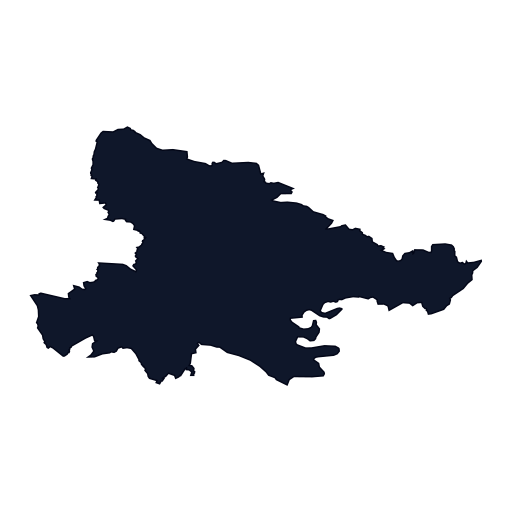 the district of Skedsmo nor, Akershus, Norway
{"feature_id": "86288312B89021281635202", "entity_name": "Skedsmo nor", "entity_type": "district", "adm_level": 2, "iso_a3": "NOR", "parent_name": "Norway", "parent_adm1": "Akershus", "projection": "robinson", "projection_center": [11.011, 59.991], "detail": "fine", "context": "isolated", "style": "filled", "palette": "ink", "viewbox_px": 512, "rotation_deg": 0, "n_neighbors": 0, "source": "geoboundaries", "source_scale": "gbopen_adm2", "svg_char_len": 6018}
<svg xmlns="http://www.w3.org/2000/svg" viewBox="0 0 512 512"><path d="M287.1,384.9L289.2,379.6L293.8,376.5L312.2,376.7L323.2,375.8L324.3,373.8L324.0,372.2L319.3,367.1L318.6,363.4L313.6,359.9L313.9,358.5L315.7,357.2L318.3,356.7L333.7,355.2L337.2,353.7L339.2,351.2L339.0,348.8L338.5,348.1L335.2,346.3L324.5,345.8L311.5,348.0L305.6,348.1L297.0,344.8L295.9,343.6L295.5,341.4L297.6,336.8L303.5,336.9L307.4,338.7L310.1,340.8L313.9,340.4L315.5,338.7L315.9,337.0L319.0,332.3L319.4,328.9L316.1,324.7L316.4,322.3L315.7,320.5L313.6,320.7L312.4,325.8L311.3,327.4L308.2,328.8L303.6,329.2L298.9,327.8L298.8,326.9L291.9,322.2L290.1,319.8L290.4,318.2L302.1,317.1L302.0,315.1L304.0,312.0L306.4,310.3L309.2,309.6L311.5,310.2L319.7,315.7L323.4,316.9L327.1,317.1L329.2,318.6L330.3,318.3L336.4,314.7L341.9,309.2L341.8,308.7L339.5,308.1L337.3,308.5L325.2,313.4L321.8,312.7L320.4,311.3L320.4,310.2L322.9,304.4L324.6,302.6L328.0,301.4L330.7,302.0L333.3,301.2L335.8,302.1L337.5,301.5L337.7,300.3L339.2,299.4L341.8,299.6L345.5,297.9L353.1,296.6L358.7,297.0L358.9,296.4L368.2,298.8L370.3,297.5L373.0,297.0L377.3,299.8L377.1,300.9L378.1,304.1L383.9,304.0L387.5,305.6L388.2,306.4L389.1,310.3L402.8,302.6L409.6,303.1L412.7,305.6L417.1,302.7L421.7,302.4L422.8,306.3L425.2,308.6L426.2,308.5L426.7,309.4L426.4,310.5L427.5,311.0L428.4,314.1L431.3,313.7L443.7,309.3L446.6,305.7L449.3,304.0L450.4,299.9L449.7,298.3L451.3,297.5L452.6,295.6L463.2,288.5L467.6,283.2L472.0,279.6L471.7,274.9L472.6,273.0L472.7,270.7L477.1,267.4L481.3,261.4L481.2,260.4L473.9,262.4L467.7,263.0L466.4,261.3L465.9,263.2L464.5,264.3L462.4,262.5L460.2,263.2L458.4,262.5L457.4,261.3L456.4,257.2L454.7,255.8L454.8,251.4L453.9,250.2L454.3,249.0L453.3,246.8L451.5,245.1L445.2,244.0L432.8,244.7L431.6,246.5L431.6,251.0L430.9,252.5L428.5,252.4L423.0,250.0L414.7,249.9L413.5,253.5L412.9,253.8L412.6,251.0L409.6,252.7L404.9,253.5L402.8,255.9L402.2,258.9L401.2,260.2L399.0,261.2L396.6,260.9L394.2,257.4L392.6,253.5L386.1,252.5L381.3,250.4L384.1,248.7L382.9,247.9L383.8,247.0L380.9,245.7L378.1,246.1L377.2,244.6L372.3,241.9L371.9,238.5L368.8,236.4L367.1,236.8L365.1,235.3L362.5,234.4L362.3,232.7L359.7,230.7L359.9,229.3L355.4,228.4L352.6,229.8L349.0,229.3L345.4,225.0L341.7,225.8L340.7,226.7L327.2,229.2L326.1,228.9L331.5,223.2L332.9,220.5L328.0,218.8L325.3,216.7L325.6,216.0L323.2,214.7L313.2,211.8L308.5,207.5L306.6,206.4L303.2,205.9L301.5,204.6L296.5,203.1L287.4,202.2L280.7,202.6L272.4,200.8L271.6,200.1L277.0,197.3L280.7,193.6L291.2,193.5L292.0,192.0L290.7,190.7L290.9,189.4L293.0,188.5L278.1,182.5L273.8,183.4L270.9,182.8L269.4,183.7L265.8,183.2L265.5,182.2L264.0,181.6L264.6,179.8L264.4,178.8L262.7,176.0L263.6,173.2L260.8,174.1L258.5,165.3L256.3,163.4L248.2,162.5L232.0,163.3L225.7,160.6L223.8,160.5L222.0,162.4L217.0,163.6L215.8,163.7L214.5,162.5L212.9,162.3L212.2,163.3L212.3,164.6L211.7,165.9L209.3,165.9L205.4,163.6L194.3,161.6L186.7,159.0L187.4,157.0L186.9,151.7L172.9,149.7L162.5,150.3L156.5,148.3L151.7,143.5L149.9,140.5L144.0,137.9L140.2,134.7L134.8,132.3L135.0,131.7L133.2,130.4L130.7,129.9L130.3,128.5L127.4,127.1L123.7,129.2L118.0,129.5L113.1,132.0L103.1,131.5L101.1,133.1L96.3,140.3L96.1,141.1L97.3,141.9L95.5,149.2L94.3,151.8L94.0,154.6L93.2,156.1L93.3,157.3L92.4,159.0L93.1,161.4L93.1,164.7L91.4,168.1L91.9,169.9L90.7,172.7L90.8,173.7L91.5,174.4L91.1,175.4L92.2,176.3L91.4,178.5L96.1,179.0L95.7,180.2L97.9,181.8L97.8,183.0L99.0,184.5L97.7,187.6L98.3,188.3L98.2,189.6L95.6,192.4L95.7,193.0L97.4,193.0L96.8,194.5L97.0,195.7L96.2,196.6L96.6,197.0L94.8,200.0L99.2,200.1L99.8,203.5L105.4,202.9L106.3,204.8L103.2,207.4L104.2,208.5L108.2,210.1L108.9,211.4L108.1,212.3L109.3,214.7L108.1,216.3L107.6,218.3L105.2,219.4L110.4,220.2L112.8,221.4L113.6,221.1L115.0,219.0L122.0,218.5L125.6,219.3L125.5,220.4L126.7,221.7L130.5,221.9L132.9,223.4L134.6,225.7L133.8,229.4L138.9,230.6L138.5,231.1L139.9,231.4L140.2,233.0L141.8,233.4L144.2,236.1L144.7,236.8L144.4,237.3L145.3,237.6L144.7,237.9L145.1,238.5L144.2,238.9L143.7,240.5L142.7,240.6L142.4,241.4L143.2,242.5L141.8,244.2L142.0,244.8L139.0,247.1L136.9,247.5L138.0,249.0L137.0,250.1L137.1,251.6L135.3,253.1L136.5,254.5L135.4,256.0L135.7,256.8L138.0,258.6L135.7,260.9L136.3,262.3L135.7,264.0L133.8,264.5L133.0,265.9L136.6,269.9L135.8,271.7L130.4,269.1L126.2,265.7L122.7,264.4L98.7,263.0L99.5,264.2L99.1,265.3L99.6,266.0L97.7,267.3L97.7,268.9L97.1,269.4L97.9,270.0L97.8,271.8L96.9,272.8L97.2,273.6L96.0,274.5L96.2,276.2L98.5,277.9L98.2,278.6L96.4,280.5L95.5,280.4L94.8,281.7L92.9,282.3L89.8,282.7L87.2,281.6L83.6,282.7L84.1,285.9L85.8,288.6L84.8,289.5L82.1,289.3L79.1,287.1L73.7,285.7L74.7,289.1L68.4,293.6L68.8,297.0L69.8,298.6L64.9,298.8L40.8,293.2L39.2,293.8L39.5,294.6L38.5,295.0L34.5,294.8L30.7,295.6L37.4,305.7L38.4,309.9L38.7,316.6L36.6,322.7L37.6,323.7L38.2,325.9L37.6,327.9L42.6,335.1L43.2,338.8L44.9,341.6L44.2,342.7L46.2,344.5L47.1,347.4L48.3,348.1L50.2,346.5L53.1,348.0L63.2,356.1L64.4,356.0L67.1,354.2L68.2,352.5L69.0,352.5L69.5,351.1L69.0,349.8L69.8,349.0L69.8,347.8L71.1,347.2L71.6,346.0L85.6,338.0L92.2,335.0L93.6,336.2L94.6,340.6L96.8,341.0L92.6,343.7L92.1,347.1L93.9,351.1L90.9,355.1L88.2,357.0L94.6,356.8L102.4,353.8L109.6,352.8L111.1,351.8L114.1,352.3L116.3,351.1L117.9,348.2L121.6,346.8L123.0,348.2L127.0,347.6L131.3,348.4L135.9,353.7L139.1,359.7L139.0,360.7L141.1,362.5L141.6,364.6L143.6,366.1L143.2,366.3L145.7,368.8L145.0,370.4L147.7,373.6L148.2,376.4L149.5,378.3L157.1,380.6L156.2,382.6L159.6,383.8L161.2,381.0L162.2,381.0L163.9,378.5L162.8,378.1L165.7,376.3L168.4,373.2L174.6,375.4L175.7,378.3L178.7,376.9L180.0,375.4L180.6,375.7L184.9,369.0L186.5,368.0L186.4,369.6L189.2,369.8L191.8,372.0L190.8,375.3L193.7,375.3L193.7,373.6L194.4,373.1L194.6,371.6L193.5,371.1L193.9,368.4L191.8,365.8L189.1,365.5L190.3,363.2L191.5,353.7L195.9,352.7L195.4,349.1L198.8,345.4L197.3,343.6L198.4,342.5L199.4,342.6L201.5,344.4L210.7,345.1L216.7,347.0L219.8,347.1L227.3,352.4L238.9,355.5L250.3,360.1L259.9,366.3L266.2,371.9L268.7,375.2L275.0,377.6L276.4,379.6L287.1,384.9Z" fill="#0f172a" stroke="#020617" stroke-width="1.5"/></svg>